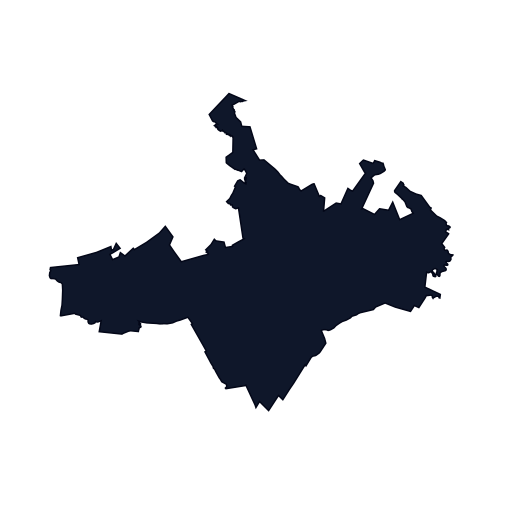 Ixtlahuaca, México, Mexico, rotated 292°
{"feature_id": "50627088B15335958554476", "entity_name": "Ixtlahuaca", "entity_type": "district", "adm_level": 2, "iso_a3": "MEX", "parent_name": "Mexico", "parent_adm1": "México", "projection": "natural_earth1", "projection_center": [-99.782, 19.602], "detail": "fine", "context": "isolated", "style": "filled", "palette": "ink", "viewbox_px": 512, "rotation_deg": 292, "n_neighbors": 0, "source": "geoboundaries", "source_scale": "gbopen_adm2", "svg_char_len": 6137}
<svg xmlns="http://www.w3.org/2000/svg" viewBox="0 0 512 512"><g transform="rotate(292 256 256)"><path d="M334.7,427.7L336.7,424.2L336.9,423.5L348.6,426.3L348.7,426.0L348.9,426.0L349.4,422.7L352.0,422.6L352.7,423.5L352.3,424.3L352.5,424.7L353.2,423.7L354.3,424.7L354.8,425.1L355.5,425.2L356.0,424.0L355.9,423.3L356.0,422.8L355.6,422.4L355.8,421.2L357.6,419.9L358.5,420.0L358.6,419.4L359.1,418.7L359.6,417.2L360.4,412.4L360.7,408.5L364.0,400.5L366.1,400.4L366.3,398.8L374.0,386.5L373.4,381.1L373.7,374.5L375.7,369.3L376.1,366.7L376.9,366.5L376.7,366.3L377.1,366.3L378.6,365.2L379.2,362.4L368.5,360.0L367.7,360.4L367.1,361.0L366.1,364.3L363.9,369.9L363.8,369.5L363.3,371.4L362.0,373.9L358.3,377.4L357.8,378.8L358.0,380.0L357.6,382.2L355.7,383.8L354.5,385.8L343.5,375.6L357.1,362.6L348.1,361.8L346.1,352.9L338.9,350.3L340.0,337.5L339.2,336.3L367.5,337.7L369.6,336.2L371.5,333.4L375.7,335.6L377.7,338.9L379.1,340.4L382.6,343.0L384.2,343.6L384.5,343.5L387.1,340.9L388.8,339.7L389.6,338.9L389.2,338.1L389.4,335.7L388.9,330.3L387.1,330.2L385.7,329.7L385.2,319.7L384.7,319.4L380.5,317.5L374.5,325.1L373.9,326.5L352.4,321.3L352.3,319.2L353.1,315.9L336.1,315.3L335.1,310.5L323.2,302.2L323.0,301.8L335.6,297.9L336.3,293.3L335.0,292.4L344.7,282.8L344.3,282.1L343.4,281.1L333.2,273.5L333.9,271.5L335.6,269.6L335.9,269.0L335.5,261.2L335.5,258.8L335.8,257.6L336.1,257.2L337.7,253.2L339.6,249.5L339.9,248.4L342.1,244.7L343.6,241.2L348.1,227.4L346.2,223.4L353.4,213.4L355.6,216.4L373.5,202.0L370.9,194.2L374.6,191.5L377.0,185.5L379.1,183.7L379.3,183.1L380.8,182.5L382.0,182.3L382.6,181.3L383.4,180.9L383.2,180.5L384.5,179.3L384.9,178.6L385.7,178.7L386.2,177.8L387.0,177.3L387.8,178.2L393.0,182.3L393.2,183.8L394.0,184.7L394.1,185.4L395.2,186.4L396.0,187.7L396.5,170.1L369.7,159.6L365.0,165.1L364.7,166.2L365.0,168.1L364.2,169.5L363.9,170.8L363.2,169.6L361.4,168.7L361.5,169.9L361.0,169.8L361.0,170.7L361.4,171.2L360.9,172.0L360.3,171.5L360.4,172.1L360.3,172.5L359.3,173.1L359.4,173.6L358.9,173.9L358.5,175.7L358.5,176.5L358.9,176.6L359.2,177.4L360.1,177.8L359.4,178.5L359.6,179.3L359.2,179.8L359.1,180.6L358.6,181.2L359.1,181.6L358.8,182.6L357.8,183.0L357.9,183.6L358.5,183.9L358.2,184.2L358.2,184.7L358.6,184.8L358.7,185.1L358.2,185.1L358.0,185.8L358.4,186.0L358.5,186.7L357.8,186.9L357.9,187.5L357.6,187.9L358.2,188.2L358.5,189.0L357.5,189.9L357.5,190.3L343.4,195.7L336.4,191.3L331.4,193.5L331.2,193.8L330.0,197.6L328.5,204.0L328.8,204.2L328.7,206.6L328.9,206.6L328.9,211.0L332.2,212.2L332.3,212.6L329.2,216.5L324.5,216.2L324.3,216.6L324.9,217.7L324.6,217.9L323.0,218.0L323.2,216.6L322.4,217.0L322.2,218.0L321.3,217.9L320.8,218.7L319.9,218.4L320.3,219.4L319.1,219.6L319.4,218.2L319.1,218.0L320.7,212.7L318.8,210.9L312.7,210.0L312.4,211.1L305.4,211.0L303.0,210.5L299.4,210.2L295.4,208.4L294.3,210.7L294.7,212.4L293.8,213.3L294.4,214.9L292.8,215.8L292.4,216.7L292.2,219.5L294.1,221.7L268.8,236.6L267.7,237.3L267.5,238.6L262.8,234.6L257.1,230.1L256.1,230.7L252.4,224.5L256.9,221.1L255.0,213.2L255.9,211.1L249.7,210.0L242.9,207.1L242.2,209.2L241.0,208.4L240.4,210.9L239.8,211.1L239.3,210.8L237.0,207.3L222.7,188.9L229.2,178.5L233.8,171.6L242.6,171.8L249.5,160.8L241.2,157.9L227.6,149.4L216.4,140.9L217.2,139.3L206.9,134.5L208.3,129.0L203.8,129.3L198.9,124.4L202.8,119.9L205.6,122.2L212.2,127.1L215.3,121.7L208.7,121.4L207.2,119.8L210.4,117.9L199.6,106.8L187.6,91.3L181.8,95.2L168.3,69.8L166.2,70.2L165.8,71.0L165.4,71.2L163.3,71.0L160.4,71.8L158.7,73.2L158.3,74.4L159.1,76.4L159.6,78.7L158.4,81.2L158.0,83.1L158.3,85.5L157.4,87.0L151.8,89.6L143.0,92.8L137.6,94.6L132.7,95.5L127.4,97.0L127.4,97.5L134.9,109.3L134.5,110.5L135.1,115.0L135.0,115.5L133.9,116.9L134.5,118.1L134.4,118.9L133.8,120.2L133.8,121.9L134.0,122.0L134.1,122.6L133.9,123.4L133.7,124.3L133.3,124.8L132.1,124.9L130.9,126.2L130.8,127.1L131.2,128.8L132.4,130.5L133.7,131.7L135.2,131.8L135.2,133.2L135.7,134.2L138.0,136.7L127.1,139.0L133.4,161.0L134.6,161.9L138.5,165.9L139.7,167.7L141.9,175.2L144.2,174.8L144.6,174.9L145.4,174.5L146.9,175.8L147.7,175.7L148.0,175.4L148.0,174.6L149.0,174.2L149.3,174.5L150.1,174.2L150.1,173.8L149.8,173.6L149.0,173.7L148.5,173.3L148.7,173.0L149.3,173.1L150.4,172.5L151.0,172.7L151.7,171.5L151.9,174.5L153.1,179.9L156.2,189.0L157.0,192.1L158.2,194.9L158.4,194.9L159.9,199.1L162.8,203.7L165.9,206.7L168.1,209.6L173.7,215.8L169.5,222.4L168.4,221.6L149.3,245.6L148.0,244.6L139.8,254.4L137.2,258.0L136.6,258.1L136.1,258.5L135.8,259.0L135.8,259.8L133.8,262.0L129.2,267.7L128.8,268.5L126.6,271.4L126.0,276.5L124.5,277.6L123.5,277.7L122.1,277.1L121.7,277.8L131.9,294.7L132.5,295.0L117.6,310.9L115.5,312.7L122.4,313.8L117.4,325.6L135.1,329.1L132.8,334.7L144.7,336.9L152.0,338.5L173.7,342.3L172.9,343.5L182.6,345.1L184.3,346.0L186.0,348.5L186.5,348.9L189.7,350.9L191.2,351.4L201.3,353.4L205.2,350.5L211.3,344.5L212.3,345.2L213.2,346.6L214.0,348.9L214.0,350.6L214.3,351.3L215.5,352.7L218.5,355.1L221.4,356.2L225.1,358.6L227.7,360.6L230.3,363.6L234.0,366.7L236.1,367.5L239.1,371.2L240.9,372.3L242.4,373.8L250.3,384.9L253.5,386.0L260.8,393.3L260.8,404.2L262.5,420.0L269.4,421.4L269.2,426.3L280.1,428.4L283.3,428.8L283.5,429.7L285.1,432.5L285.5,434.1L283.9,434.9L283.1,436.0L283.7,436.1L284.9,437.2L286.0,437.8L286.9,440.0L286.6,441.0L285.9,441.3L285.9,442.2L289.4,441.3L290.4,424.2L305.0,420.2L304.9,421.6L305.1,422.3L306.5,423.6L306.8,424.1L306.8,424.8L305.4,426.7L304.3,427.3L303.7,428.0L303.9,429.9L304.6,430.3L305.6,430.0L306.4,428.0L307.1,427.1L307.6,425.7L307.9,425.2L308.5,424.8L309.3,424.9L310.5,425.6L311.0,426.1L311.6,427.2L311.3,429.2L310.0,429.3L309.1,429.7L308.1,429.6L306.9,429.9L306.8,431.0L305.7,432.7L305.8,433.6L306.2,433.8L307.0,433.8L308.6,433.1L309.8,433.2L311.2,434.2L313.3,437.0L314.3,437.5L315.3,437.1L315.8,436.5L316.7,434.4L317.0,434.0L317.8,433.8L318.3,434.2L318.9,436.6L319.4,437.1L319.8,437.1L320.2,436.8L320.9,435.2L321.6,434.4L322.1,434.3L322.6,434.8L323.0,436.4L323.6,437.3L324.3,437.8L326.0,438.0L327.9,437.0L330.2,438.1L330.7,438.2L330.7,437.8L330.1,435.9L330.4,433.9L330.7,433.3L332.3,432.3L333.0,431.2L333.0,430.7L332.1,429.3L332.2,428.8L332.8,427.9L333.4,427.6L334.7,427.7Z" fill="#0f172a" stroke="#020617" stroke-width="1.5"/></g></svg>